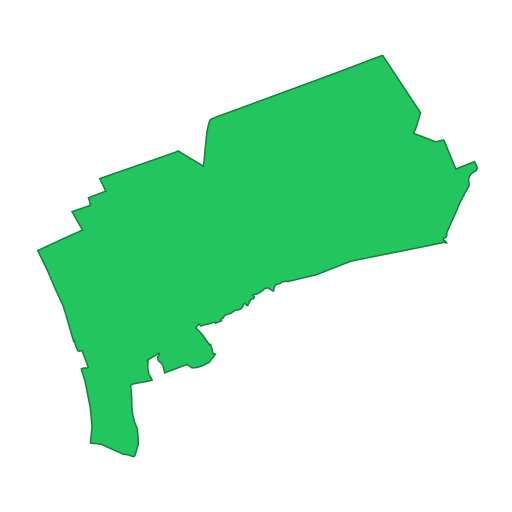 Cosmesti, Galati, Romania (orthographic projection), rotated 272°
{"feature_id": "2599482B28458527473660", "entity_name": "Cosmesti", "entity_type": "district", "adm_level": 2, "iso_a3": "ROU", "parent_name": "Romania", "parent_adm1": "Galati", "projection": "orthographic", "projection_center": [27.304, 45.847], "detail": "fine", "context": "isolated", "style": "filled", "palette": "green", "viewbox_px": 512, "rotation_deg": 272, "n_neighbors": 0, "source": "geoboundaries", "source_scale": "gbopen_adm2", "svg_char_len": 5324}
<svg xmlns="http://www.w3.org/2000/svg" viewBox="0 0 512 512"><g transform="rotate(272 256 256)"><path d="M358.4,174.5L357.5,172.8L356.9,172.0L356.4,170.7L355.2,167.4L354.3,165.2L353.4,162.9L327.9,97.1L315.6,103.6L308.3,86.5L305.7,87.5L303.4,88.2L300.9,88.8L293.9,70.6L277.7,80.6L275.9,81.7L264.9,59.4L253.8,37.7L234.2,48.1L213.7,57.7L213.1,58.1L198.0,65.7L197.4,65.6L194.8,66.7L169.7,74.9L165.3,76.4L164.3,76.7L164.8,77.4L159.3,79.2L158.9,79.4L157.4,80.1L157.2,80.2L156.8,80.4L155.7,80.8L155.4,81.1L154.9,81.7L154.8,81.9L154.7,82.2L154.7,83.0L155.0,84.0L155.2,84.7L155.2,85.2L155.0,85.6L154.4,85.9L153.8,86.1L152.4,86.6L151.1,87.2L143.7,90.3L139.6,91.9L139.0,92.3L138.5,91.9L137.9,90.7L138.1,90.1L138.2,89.0L138.1,88.1L137.8,87.2L137.0,85.3L131.0,87.4L124.6,89.6L98.5,95.7L79.8,98.1L63.3,97.0L62.5,107.5L57.0,121.0L54.8,126.5L53.2,130.2L53.1,131.4L52.9,133.7L52.8,135.2L51.9,137.9L51.5,139.4L51.3,140.6L51.4,141.1L51.6,141.5L52.4,142.0L63.2,144.8L64.4,144.8L66.0,144.9L66.9,144.9L68.3,144.6L69.0,144.5L69.9,144.4L71.0,144.5L74.6,144.0L78.1,143.6L79.6,143.2L80.8,142.7L84.5,141.0L85.7,140.5L86.4,140.2L88.3,139.7L90.9,138.9L92.3,138.5L92.7,138.4L94.5,138.1L96.6,137.8L100.6,137.3L104.0,137.0L105.7,136.9L108.8,136.8L110.8,136.6L112.0,136.5L114.8,136.2L119.4,135.6L120.9,135.3L122.0,135.0L122.6,135.7L123.5,136.8L123.8,137.7L124.3,139.8L125.5,145.0L126.5,149.9L127.6,154.1L128.1,155.9L128.4,156.5L130.4,155.5L132.2,154.5L133.4,153.6L134.0,153.2L135.9,152.7L137.3,152.4L138.4,152.1L139.2,151.9L141.3,151.8L142.9,151.6L145.5,151.8L146.3,151.9L147.0,151.8L147.3,151.6L147.6,151.1L147.9,150.7L149.8,153.7L152.0,157.1L153.7,159.7L155.4,162.5L154.9,162.5L154.1,162.6L153.6,162.5L153.0,162.3L152.7,161.9L152.2,161.4L151.7,161.3L150.8,161.4L149.3,161.7L148.8,161.8L148.3,162.0L147.2,162.8L146.7,163.7L146.4,164.2L145.7,164.9L144.5,165.9L143.9,166.4L142.9,166.9L141.4,167.5L139.9,167.8L138.1,168.2L136.0,168.8L137.6,172.6L140.0,178.4L142.1,183.5L143.2,186.0L144.9,190.1L145.4,190.8L145.0,191.3L143.5,193.6L142.5,195.0L142.1,195.8L142.0,196.4L142.0,197.4L142.2,199.1L142.5,200.7L142.9,201.9L143.5,203.9L144.0,205.4L144.7,206.9L145.5,208.4L146.0,209.2L146.6,209.9L147.0,210.5L147.1,210.9L147.5,211.8L147.7,212.6L150.0,214.3L150.5,214.4L151.3,214.9L152.0,215.5L152.2,215.9L152.8,216.4L154.5,217.5L156.5,218.8L157.1,216.5L158.3,216.1L159.9,215.8L160.9,215.6L162.6,214.9L166.2,213.7L166.3,213.5L165.9,212.3L168.2,210.7L170.5,208.9L172.5,207.5L175.1,205.5L176.7,204.0L178.7,202.0L180.2,200.5L182.2,198.2L186.1,201.3L184.3,203.2L184.0,203.7L184.4,204.4L184.8,205.2L185.2,205.9L185.5,206.5L185.6,207.6L185.9,209.2L186.1,210.2L186.6,211.3L186.9,212.4L187.2,213.7L187.8,214.8L188.1,215.8L188.3,217.4L187.4,217.9L187.6,218.4L188.2,219.7L188.7,220.7L189.3,221.9L189.5,223.0L189.9,223.8L191.7,223.0L192.8,225.0L195.9,227.2L197.8,232.7L200.5,236.4L201.0,237.5L201.3,238.4L201.4,239.7L201.4,240.1L201.9,241.0L202.0,241.4L202.2,242.0L203.1,243.3L205.8,244.9L206.5,244.7L207.0,244.9L208.2,246.1L207.7,246.8L207.0,247.8L206.8,247.9L206.4,248.8L206.3,249.1L206.2,249.5L207.2,249.9L208.5,250.5L209.2,250.8L209.9,250.9L210.4,251.4L210.9,251.8L211.6,252.0L212.1,252.3L212.6,252.6L213.0,253.2L213.1,253.6L213.0,254.0L213.0,254.3L213.0,254.6L213.0,254.8L213.1,255.0L213.3,255.1L213.7,255.2L214.2,255.3L214.6,255.7L214.9,255.9L215.3,255.5L215.7,255.3L216.7,254.0L217.0,254.6L217.4,255.3L217.6,255.8L217.8,256.6L217.9,257.6L218.0,258.2L218.3,258.7L221.0,262.9L221.6,263.7L222.8,264.8L223.4,265.4L223.9,266.2L224.0,266.8L224.3,267.8L224.5,268.6L224.4,269.3L223.7,270.6L221.8,273.9L221.5,274.7L222.2,274.9L223.6,275.0L225.2,275.4L225.9,275.6L227.7,276.5L228.7,278.5L229.5,281.3L230.5,282.4L231.1,283.5L231.3,284.7L231.8,285.9L231.5,288.9L232.0,290.3L234.8,300.4L236.4,306.1L239.3,316.8L240.1,318.7L244.3,328.3L254.0,350.8L256.3,359.9L259.7,374.5L262.5,386.3L265.1,397.5L267.2,406.3L268.1,410.1L272.0,426.5L276.1,443.0L275.8,446.0L276.6,445.5L277.1,445.3L278.5,442.7L279.9,442.7L281.5,445.3L281.9,445.4L284.0,446.1L284.4,446.0L285.3,445.6L297.8,450.6L310.2,455.7L313.7,456.8L314.1,457.0L317.0,458.2L322.1,460.6L323.9,461.5L328.0,463.5L329.2,464.3L331.4,465.3L332.2,465.9L334.8,466.7L339.8,465.7L342.8,466.5L344.9,467.8L346.2,469.0L347.1,470.1L348.1,471.5L348.7,472.8L349.6,473.3L351.7,474.3L357.5,471.4L357.9,470.9L355.5,465.4L349.9,452.7L364.6,446.0L370.6,443.3L372.2,442.6L375.3,441.2L375.9,440.9L377.5,440.1L377.8,439.9L378.5,439.4L376.9,433.3L376.4,431.8L376.8,430.6L378.9,424.5L384.0,409.4L390.1,411.6L400.2,414.2L400.8,414.4L404.0,415.2L404.8,415.5L405.6,414.9L406.7,414.2L407.1,413.9L415.1,408.2L428.0,399.0L428.5,398.6L434.9,394.1L443.3,388.1L445.7,386.4L460.6,375.8L460.7,374.7L459.2,371.2L458.0,368.3L457.1,365.9L452.9,356.2L452.0,354.0L450.8,351.2L449.4,347.8L449.2,347.3L447.7,343.9L446.7,341.6L446.0,339.8L434.9,312.8L430.3,301.6L428.3,296.6L426.7,292.6L426.6,292.3L426.5,292.1L426.3,291.6L425.7,290.5L424.5,287.3L405.9,241.8L404.5,238.3L404.4,237.9L404.2,237.6L404.0,236.9L403.6,236.2L402.9,234.7L401.2,230.4L395.2,215.4L393.7,211.9L393.1,210.6L392.8,209.8L392.7,209.7L392.5,209.3L391.3,206.6L390.1,205.2L388.1,204.6L386.4,204.1L380.0,202.9L377.4,202.5L373.5,202.3L369.7,202.1L361.6,201.4L348.0,200.8L344.0,200.3L344.1,200.0L354.4,181.5L357.0,177.0L357.8,175.5L358.1,175.0L358.4,174.5Z" fill="#22c55e" stroke="#15803d" stroke-width="1.5"/></g></svg>